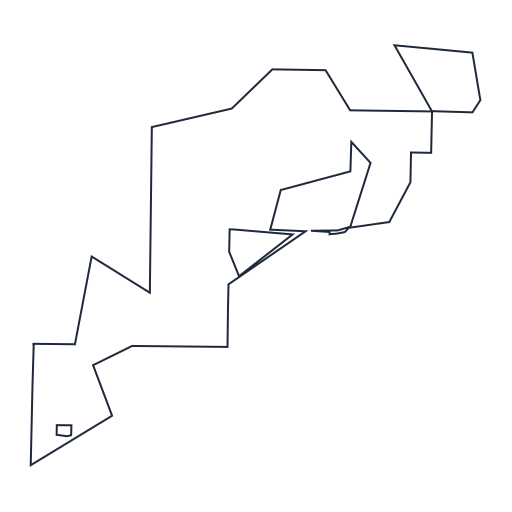 outline of Broomfield, Colorado, United States of America, rotated 181°
{"feature_id": "52423323B97588721690601", "entity_name": "Broomfield", "entity_type": "district", "adm_level": 2, "iso_a3": "USA", "parent_name": "United States of America", "parent_adm1": "Colorado", "projection": "albers", "projection_center": [-105.062, 39.967], "detail": "fine", "context": "isolated", "style": "outline", "palette": "slate", "viewbox_px": 512, "rotation_deg": 181, "n_neighbors": 0, "source": "geoboundaries", "source_scale": "gbopen_adm2", "svg_char_len": 863}
<svg xmlns="http://www.w3.org/2000/svg" viewBox="0 0 512 512"><g transform="rotate(181 256 256)"><path d="M477.0,164.3L477.0,164.0L476.7,164.1L477.2,123.7L477.6,42.9L397.1,93.8L417.0,144.0L378.3,163.9L282.9,164.6L283.1,203.0L283.0,227.2L206.9,281.6L242.2,282.6L232.4,322.4L163.1,342.3L162.7,371.8L143.1,351.1L162.5,286.0L123.3,292.3L102.9,332.4L102.8,362.2L82.7,362.2L82.5,403.9L42.1,403.4L34.4,415.7L43.2,463.1L121.2,469.1L82.5,403.6L164.4,403.3L189.7,443.0L242.9,442.9L282.8,403.0L362.4,383.1L361.5,217.4L420.3,252.6L435.5,164.6L477.0,164.3ZM272.6,235.5L282.9,259.8L282.8,282.2L277.9,282.1L219.8,278.2L272.6,235.5ZM437.6,83.5L437.7,73.6L441.6,72.5L452.2,73.7L452.2,83.4L437.6,83.5ZM163.2,286.6L174.8,283.0L201.5,282.2L182.8,281.3L182.8,279.0L181.9,279.2L176.1,279.7L168.4,281.3L167.1,281.9L163.2,286.6Z" fill="none" stroke="#1e293b" stroke-width="2"/></g></svg>